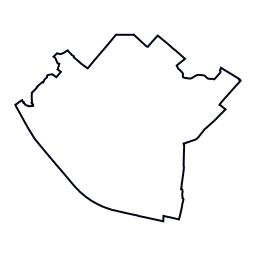 outline of Saligny, Constanta, Romania
{"feature_id": "2599482B25474016101343", "entity_name": "Saligny", "entity_type": "district", "adm_level": 2, "iso_a3": "ROU", "parent_name": "Romania", "parent_adm1": "Constanta", "projection": "mercator", "projection_center": [28.101, 44.301], "detail": "fine", "context": "isolated", "style": "outline", "palette": "ink", "viewbox_px": 256, "rotation_deg": 0, "n_neighbors": 0, "source": "geoboundaries", "source_scale": "gbopen_adm2", "svg_char_len": 5050}
<svg xmlns="http://www.w3.org/2000/svg" viewBox="0 0 256 256"><path d="M239.4,79.1L231.5,74.2L223.5,69.4L221.0,67.8L220.0,70.3L219.9,70.6L220.0,70.7L220.5,71.2L220.5,72.1L220.3,72.6L217.3,76.0L214.3,79.3L213.7,79.1L212.3,78.9L210.8,78.9L209.2,78.8L208.1,78.6L207.3,78.1L207.1,77.9L206.4,77.3L204.6,75.7L203.6,75.3L202.8,75.2L202.0,75.2L199.9,75.0L197.7,74.9L196.9,75.1L193.7,76.9L191.8,78.1L191.5,78.2L190.9,78.5L190.4,78.5L188.6,78.4L187.3,78.3L187.0,78.1L186.6,77.9L186.1,78.0L185.7,78.1L184.9,77.9L183.9,77.6L183.1,77.2L182.8,76.4L183.0,74.4L183.1,74.0L183.0,73.8L182.6,73.0L182.5,72.9L182.3,72.6L181.8,72.1L180.7,70.9L180.2,70.4L178.3,68.7L178.2,68.6L177.4,67.0L176.7,65.5L179.4,63.3L182.7,60.7L183.8,59.8L184.7,59.0L185.0,58.8L184.8,58.6L184.0,58.0L183.1,57.1L182.2,56.3L181.6,55.8L181.2,55.5L180.2,54.5L179.1,53.6L178.1,52.7L177.0,51.8L176.3,51.1L175.6,50.5L174.8,49.9L174.5,49.7L173.4,48.9L170.5,46.3L167.5,43.6L162.6,39.6L157.8,35.6L157.7,35.6L154.9,38.7L152.1,41.8L150.2,44.0L148.3,46.2L147.9,46.8L147.7,46.8L146.4,46.3L145.2,45.2L144.0,44.1L140.2,40.6L139.4,39.9L139.3,39.7L139.0,39.5L137.5,38.1L134.9,35.7L133.9,34.7L133.8,34.8L133.0,34.8L126.5,34.8L119.2,34.8L116.0,34.7L115.6,35.2L108.8,43.4L108.6,43.7L108.4,43.9L108.1,44.3L107.7,44.8L106.5,46.2L100.1,53.6L95.6,58.9L95.3,59.2L93.8,61.0L90.7,64.7L88.1,68.0L87.7,68.4L84.5,66.1L81.2,63.7L78.6,61.3L76.2,59.3L73.8,57.3L74.0,56.6L73.8,56.2L73.3,55.8L72.4,55.3L71.5,54.8L71.1,54.1L70.7,53.6L70.4,53.4L70.1,53.1L69.7,52.7L69.2,52.2L68.7,51.8L68.4,51.3L68.2,51.2L67.9,50.7L67.7,50.4L67.0,50.8L66.2,51.2L65.6,51.6L65.0,52.0L63.9,52.7L62.7,53.4L61.7,53.7L60.7,54.0L60.1,54.0L59.5,54.0L58.9,53.8L58.4,53.6L57.7,53.5L57.0,53.3L55.3,55.0L53.6,56.6L54.4,57.2L55.2,57.9L55.8,59.2L56.0,59.6L56.1,59.8L56.2,60.1L56.3,60.5L56.5,60.9L56.6,61.0L57.3,62.7L57.6,63.3L59.3,63.8L58.5,66.6L57.8,69.4L57.7,69.5L58.5,70.0L59.3,70.7L59.5,70.8L59.9,71.1L60.1,71.3L60.7,71.7L60.9,71.9L58.6,74.5L56.4,77.2L54.7,76.0L54.4,75.8L52.4,74.3L50.2,74.6L48.0,75.0L47.1,75.7L46.9,77.4L45.7,78.4L44.6,79.4L43.9,80.9L43.2,82.4L42.6,82.1L42.4,82.5L41.6,82.7L39.6,84.5L37.6,86.2L37.4,86.5L36.9,87.1L37.1,87.3L36.5,88.0L35.9,88.8L34.0,90.6L33.7,90.9L32.2,92.4L32.1,92.5L31.9,92.6L31.9,93.1L31.9,93.6L31.8,94.0L31.8,94.8L31.7,95.6L31.7,97.3L31.8,98.1L31.8,98.5L31.8,98.8L31.8,99.0L31.8,99.4L31.8,99.5L31.8,99.8L31.9,100.7L32.0,101.6L32.0,101.8L31.8,102.2L31.6,102.6L31.7,102.9L31.6,103.0L31.9,103.4L32.2,103.8L32.4,103.6L32.7,104.1L33.0,104.6L33.2,105.5L33.1,105.8L32.8,105.9L32.6,105.9L30.6,106.1L28.8,106.2L28.6,106.2L28.5,105.9L27.3,105.7L26.3,105.3L25.5,104.8L25.0,104.3L24.7,103.8L24.4,103.4L24.1,102.9L23.8,102.3L23.6,102.4L23.4,102.4L23.3,102.5L23.1,102.1L22.1,100.1L20.6,101.1L15.8,104.5L15.4,104.8L15.7,105.5L16.1,106.4L16.1,106.5L20.0,113.4L23.8,120.4L26.3,124.9L28.9,129.5L29.6,130.6L31.1,132.9L32.6,135.4L33.4,136.7L33.9,137.4L34.3,138.1L34.6,138.6L35.0,139.1L35.3,139.5L35.6,140.0L35.9,140.2L37.0,141.6L37.6,142.3L39.2,144.3L43.5,149.5L47.8,154.7L52.9,160.7L56.6,165.1L59.3,168.2L62.0,171.4L65.7,175.7L69.3,180.0L72.3,183.6L75.3,187.1L77.9,189.7L80.4,192.3L81.7,193.3L82.9,194.4L84.3,195.5L85.7,196.7L87.2,197.8L88.8,198.9L90.8,200.3L92.9,201.6L95.1,202.8L97.3,204.0L98.7,204.7L99.7,205.2L102.0,206.3L104.5,207.3L105.6,207.7L106.0,207.8L107.1,208.2L112.7,210.1L113.2,210.1L113.7,210.2L113.8,210.2L114.2,210.3L115.5,210.6L120.5,211.8L127.2,213.3L132.6,214.5L137.9,215.6L138.1,215.9L139.4,216.2L139.6,216.2L145.5,217.4L151.4,218.7L157.4,220.0L163.3,221.3L163.4,217.9L163.5,215.9L166.0,216.5L171.1,217.6L173.6,218.2L176.0,218.7L179.0,219.4L179.8,216.2L179.9,215.8L180.5,213.3L181.0,211.2L181.3,209.8L181.7,207.9L182.0,206.3L182.2,204.7L183.0,201.4L183.5,199.4L183.4,199.1L183.3,198.9L182.6,198.4L182.4,198.0L182.6,197.7L182.6,197.3L182.5,196.7L182.3,195.7L182.2,195.0L182.2,194.3L182.3,193.8L182.6,191.2L182.5,190.9L182.4,190.5L182.3,189.9L182.2,189.5L182.1,189.4L181.9,189.3L181.3,189.2L181.1,189.2L181.4,187.5L181.6,185.7L181.6,185.2L182.0,182.2L182.1,181.9L182.2,180.9L182.4,179.6L182.9,175.8L183.2,174.0L183.2,173.8L183.4,172.2L183.6,170.7L183.8,168.6L183.9,167.3L183.9,167.1L183.9,166.5L183.7,166.1L183.6,165.6L183.7,163.9L183.7,161.0L183.8,158.0L183.9,153.6L184.1,147.8L184.1,146.6L184.1,146.4L184.1,145.0L183.9,144.5L183.7,144.3L183.6,143.5L184.8,143.3L186.1,142.9L187.7,142.1L188.8,142.0L190.1,141.4L191.1,141.0L191.9,140.8L192.8,140.5L194.7,139.9L196.1,139.2L196.5,139.0L196.8,138.8L197.5,138.0L198.2,137.4L199.1,136.3L200.0,135.2L200.7,134.2L200.8,134.1L201.4,133.4L204.7,129.2L207.0,127.3L208.1,126.3L210.8,123.8L214.1,120.9L214.9,120.1L216.3,118.7L217.6,117.4L218.2,116.7L218.7,116.3L221.1,113.8L221.6,113.3L222.5,112.5L223.6,111.4L224.5,110.4L224.7,110.2L224.9,110.0L225.0,109.9L225.2,109.7L225.4,109.5L225.2,109.4L225.3,109.1L224.6,108.6L220.4,105.2L219.5,104.8L219.8,104.2L221.7,101.9L226.2,96.7L227.0,95.9L229.1,93.5L229.1,93.4L230.4,92.0L232.4,89.8L235.7,86.1L236.7,85.0L239.7,81.7L240.0,81.4L240.6,80.7L240.6,80.4L239.3,79.8L239.1,79.7L239.4,79.1Z" fill="none" stroke="#020617" stroke-width="2"/></svg>